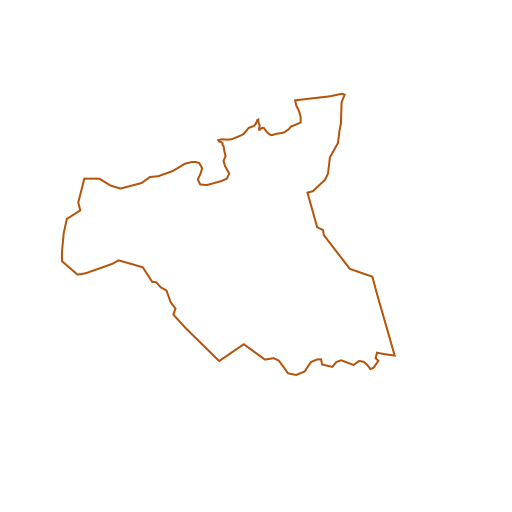 outline of Akpabuyo, Cross River, Nigeria, rotated 56°
{"feature_id": "59680162B58958286313368", "entity_name": "Akpabuyo", "entity_type": "district", "adm_level": 2, "iso_a3": "NGA", "parent_name": "Nigeria", "parent_adm1": "Cross River", "projection": "natural_earth1", "projection_center": [8.451, 4.951], "detail": "fine", "context": "isolated", "style": "outline", "palette": "amber", "viewbox_px": 512, "rotation_deg": 56, "n_neighbors": 0, "source": "geoboundaries", "source_scale": "gbopen_adm2", "svg_char_len": 1757}
<svg xmlns="http://www.w3.org/2000/svg" viewBox="0 0 512 512"><g transform="rotate(56 256 256)"><path d="M171.6,414.4L175.1,406.8L182.2,379.2L182.7,372.4L202.0,356.2L219.4,356.5L222.0,353.4L228.7,352.5L234.5,349.5L246.5,352.6L254.6,352.2L258.3,357.3L276.2,354.7L322.5,345.3L322.3,315.5L346.9,306.5L350.6,298.5L355.5,295.6L364.5,295.2L371.1,295.1L377.1,289.2L378.9,280.2L374.6,269.6L376.0,263.1L378.1,259.8L382.9,261.9L390.6,254.7L388.8,248.8L390.1,243.7L400.9,236.0L400.7,229.2L404.0,225.8L408.3,224.7L413.8,224.3L414.4,221.1L411.3,213.1L407.7,214.0L403.8,209.8L409.1,204.5L416.1,196.7L356.0,177.2L338.2,171.1L319.2,185.4L276.6,188.1L272.0,185.9L266.4,189.2L232.2,177.9L234.1,172.6L231.3,155.8L227.8,150.1L215.5,139.5L208.1,124.8L198.9,116.8L193.4,111.3L176.4,99.1L171.8,92.3L169.4,94.2L165.2,104.9L148.8,136.5L153.9,138.5L160.3,139.4L165.6,141.2L170.3,144.3L169.0,151.5L168.2,153.9L168.7,156.3L169.2,158.0L169.3,163.7L167.9,167.0L165.5,172.1L165.2,174.2L164.1,176.0L161.9,177.1L158.6,177.8L154.6,177.8L153.4,178.8L153.1,180.5L153.5,182.2L153.1,182.8L152.2,182.3L150.0,180.1L149.4,179.8L148.6,179.6L147.1,179.4L146.3,179.1L144.1,177.8L144.0,178.7L146.6,183.0L147.0,184.9L145.7,190.4L147.7,196.8L147.9,199.1L147.2,203.2L145.5,211.3L143.2,215.1L140.2,219.0L138.8,222.5L140.7,222.5L142.6,220.8L143.7,220.6L145.2,221.6L146.9,221.5L151.6,223.7L156.2,225.4L159.0,229.7L164.2,231.4L172.7,232.1L175.6,237.0L174.4,243.1L169.7,257.1L165.5,262.2L160.1,261.5L156.9,256.2L153.2,251.6L147.1,251.1L144.4,253.4L142.2,256.6L139.7,263.5L139.0,277.4L135.2,292.4L131.2,299.8L131.5,310.1L124.3,330.6L116.4,337.1L104.2,342.7L95.9,355.1L112.2,373.4L119.9,376.2L119.5,392.1L129.6,402.7L144.9,415.2L152.0,419.7L171.6,414.4Z" fill="none" stroke="#b45309" stroke-width="2"/></g></svg>